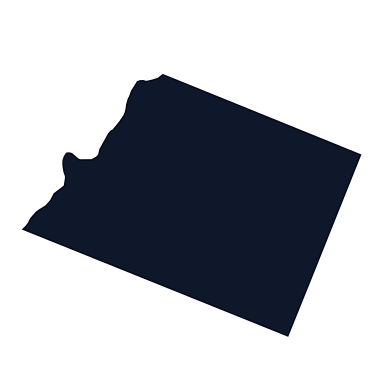 the district of Clay, South Dakota, United States of America, rotated 112°
{"feature_id": "52423323B37505692386722", "entity_name": "Clay", "entity_type": "district", "adm_level": 2, "iso_a3": "USA", "parent_name": "United States of America", "parent_adm1": "South Dakota", "projection": "albers", "projection_center": [-96.993, 42.894], "detail": "fine", "context": "isolated", "style": "filled", "palette": "ink", "viewbox_px": 384, "rotation_deg": 112, "n_neighbors": 0, "source": "geoboundaries", "source_scale": "gbopen_adm2", "svg_char_len": 811}
<svg xmlns="http://www.w3.org/2000/svg" viewBox="0 0 384 384"><g transform="rotate(112 192 192)"><path d="M94.5,49.7L94.2,262.9L99.5,266.0L102.9,270.1L106.4,275.1L107.1,277.0L107.0,278.5L108.5,281.9L110.2,283.8L121.1,285.7L126.8,285.5L129.6,285.8L135.5,285.2L138.9,284.2L143.0,283.6L146.5,283.6L153.9,285.2L164.3,288.4L166.0,290.0L169.0,291.0L174.0,291.6L186.7,293.2L192.5,292.4L194.2,292.8L196.3,294.1L199.9,297.1L204.1,307.4L204.3,308.6L204.1,310.5L201.6,317.6L201.7,319.5L202.2,321.1L202.8,322.4L203.9,323.0L207.1,323.5L210.9,323.3L215.2,321.7L217.6,320.3L221.2,318.1L224.6,315.1L226.6,314.3L234.2,312.5L245.2,319.0L253.0,319.8L259.8,322.3L265.6,326.6L269.2,328.8L276.9,331.5L282.5,332.0L286.0,333.0L289.8,334.7L289.5,49.3L224.4,49.3L94.5,49.7Z" fill="#0f172a" stroke="#020617" stroke-width="1.5"/></g></svg>